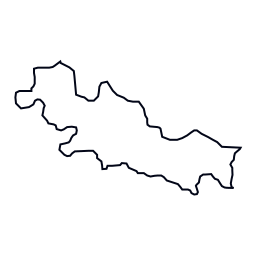 Yeongwol-gun, Gangwon, South Korea (Mercator projection)
{"feature_id": "91817680B79863718076959", "entity_name": "Yeongwol-gun", "entity_type": "district", "adm_level": 2, "iso_a3": "KOR", "parent_name": "South Korea", "parent_adm1": "Gangwon", "projection": "mercator", "projection_center": [128.504, 37.208], "detail": "fine", "context": "isolated", "style": "outline", "palette": "ink", "viewbox_px": 256, "rotation_deg": 0, "n_neighbors": 0, "source": "geoboundaries", "source_scale": "gbopen_adm2", "svg_char_len": 2011}
<svg xmlns="http://www.w3.org/2000/svg" viewBox="0 0 256 256"><path d="M240.6,147.7L221.9,146.8L217.2,142.1L212.9,139.8L208.2,137.1L201.6,133.8L196.9,130.4L194.2,130.4L191.2,132.4L187.2,135.4L182.2,138.1L177.2,139.8L169.9,139.8L162.2,136.8L160.5,128.7L159.5,127.7L157.5,127.1L149.8,126.4L147.5,124.7L147.2,122.4L147.2,118.7L145.2,115.4L143.8,108.7L138.8,101.7L133.1,101.7L127.8,100.7L123.8,97.7L117.1,95.0L112.8,90.7L107.1,81.7L101.4,83.0L99.4,86.7L98.8,92.4L98.1,96.4L93.8,100.7L88.4,100.7L84.4,97.4L81.4,96.7L76.1,94.7L74.4,76.0L73.8,71.0L69.4,67.4L64.1,64.7L60.7,63.0L60.3,61.5L54.7,65.7L52.7,67.0L49.1,67.7L45.1,67.7L37.7,67.7L34.0,68.7L34.0,73.0L34.7,77.0L34.7,83.7L33.4,86.4L31.4,88.4L31.4,91.0L23.0,91.0L19.4,91.0L16.0,92.7L15.4,97.4L16.0,103.4L21.0,108.4L29.0,107.1L33.4,104.4L35.0,100.7L37.4,99.4L40.1,99.7L43.1,102.7L44.7,105.7L43.7,108.1L43.1,112.1L42.4,115.4L47.1,120.7L48.4,123.4L53.7,124.4L55.7,125.4L56.7,129.1L61.1,130.4L63.7,129.4L67.1,127.1L71.8,126.7L76.1,127.4L76.8,130.4L76.1,133.8L73.1,135.4L71.4,137.8L70.1,140.8L68.7,142.4L65.1,143.4L60.4,144.4L59.4,149.8L62.7,153.1L64.4,154.8L67.1,156.1L69.8,155.8L70.1,155.8L72.1,153.4L74.8,151.4L81.8,151.1L88.4,150.8L93.1,150.8L97.1,154.8L97.1,158.1L101.4,161.4L102.1,165.5L102.4,169.1L106.5,168.8L107.5,165.8L112.1,165.8L120.1,165.1L121.8,163.1L126.5,163.5L128.8,167.8L136.5,171.1L137.8,173.1L141.8,173.1L143.8,173.1L147.2,175.5L150.5,176.5L154.5,175.8L157.8,175.5L161.2,175.5L163.8,177.1L166.8,180.5L177.9,184.1L180.2,186.8L181.6,188.7L182.2,189.5L187.9,189.5L190.2,190.5L191.5,193.1L194.2,194.5L196.9,194.1L197.9,192.1L196.9,188.8L195.9,185.8L196.5,184.8L198.9,182.5L199.5,179.1L200.2,176.5L203.2,174.5L205.6,174.5L211.2,174.1L212.9,176.5L214.9,178.8L217.9,179.8L220.2,183.5L221.9,186.1L224.6,187.5L226.9,187.8L233.6,188.0L231.6,187.1L230.8,183.5L231.6,179.0L232.5,174.9L232.3,170.4L232.3,167.9L230.4,164.5L231.6,162.1L233.8,159.8L234.2,156.1L234.9,153.3L236.8,151.6L239.8,149.1L240.6,147.7Z" fill="none" stroke="#020617" stroke-width="2"/></svg>